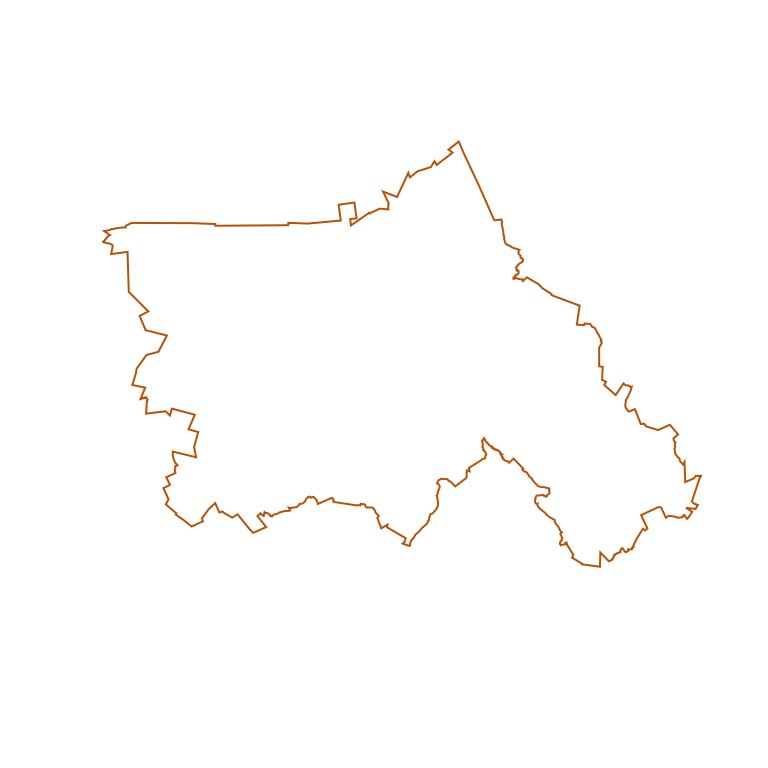 Camargo, Chihuahua, Mexico, rotated 245°
{"feature_id": "50627088B69672703244103", "entity_name": "Camargo", "entity_type": "district", "adm_level": 2, "iso_a3": "MEX", "parent_name": "Mexico", "parent_adm1": "Chihuahua", "projection": "albers", "projection_center": [-104.713, 28.058], "detail": "fine", "context": "isolated", "style": "outline", "palette": "amber", "viewbox_px": 768, "rotation_deg": 245, "n_neighbors": 0, "source": "geoboundaries", "source_scale": "gbopen_adm2", "svg_char_len": 6166}
<svg xmlns="http://www.w3.org/2000/svg" viewBox="0 0 768 768"><g transform="rotate(245 384 384)"><path d="M636.9,211.8L638.1,207.3L638.6,206.4L638.9,203.6L639.4,203.2L639.7,202.0L639.4,201.0L639.6,199.6L640.9,195.0L634.8,198.6L634.7,196.6L632.2,191.4L631.7,189.6L631.0,189.7L630.9,190.3L629.7,191.2L627.4,194.4L625.0,196.5L623.5,196.3L617.1,191.6L612.1,207.4L575.3,191.6L549.4,201.1L549.0,191.3L533.5,190.7L519.7,207.7L508.5,193.2L510.7,181.0L502.4,166.3L498.7,163.8L489.5,155.5L481.6,166.0L473.2,156.9L473.0,157.8L473.4,159.4L472.7,159.9L473.0,161.0L472.2,161.3L472.5,162.8L469.5,163.1L468.8,162.0L457.7,155.8L451.6,174.5L445.9,176.7L451.3,181.4L436.1,199.5L425.5,187.7L419.0,195.3L406.9,185.1L397.0,182.8L412.0,164.0L408.5,162.4L404.7,161.6L401.0,161.5L397.6,162.5L397.7,159.9L396.0,159.4L394.7,158.0L391.5,157.4L391.5,147.3L383.0,147.4L382.8,140.1L370.5,140.0L367.1,135.4L354.4,141.2L353.7,140.1L345.0,145.1L336.1,149.5L336.1,161.9L339.1,162.1L344.6,172.1L347.4,180.7L337.1,180.5L336.7,183.7L334.5,184.7L327.0,190.0L327.8,196.2L309.0,200.9L304.4,202.6L304.1,216.8L317.8,213.5L319.0,217.5L317.9,217.5L315.9,219.0L314.5,218.6L317.9,221.2L316.9,221.2L317.3,222.7L315.3,224.6L312.6,225.3L312.9,225.6L311.3,226.5L312.0,227.8L312.2,229.1L311.5,232.1L311.7,235.7L310.7,240.9L309.5,243.3L309.0,245.6L312.2,245.5L311.1,246.8L309.4,252.8L310.4,256.5L311.0,256.8L310.2,259.2L310.7,262.6L312.6,264.6L313.7,267.7L313.3,269.1L311.9,269.6L311.8,271.9L310.8,272.7L307.5,273.9L303.2,273.4L302.9,288.4L302.3,289.1L301.3,289.0L300.7,289.5L298.5,288.4L285.4,308.1L285.0,309.8L284.0,311.2L284.5,312.2L285.2,312.5L284.0,313.9L283.6,315.1L282.6,315.8L280.7,315.6L279.1,316.4L277.5,320.4L276.2,321.6L274.2,322.3L270.9,322.1L266.7,323.5L265.5,321.4L254.4,320.5L255.0,327.7L252.8,326.2L235.1,338.5L232.3,336.1L231.5,333.4L226.3,338.8L230.3,341.8L232.3,346.4L234.1,348.7L235.7,354.2L237.3,357.0L239.2,364.0L241.1,365.9L241.6,367.4L243.4,368.2L246.0,370.7L246.3,371.6L246.2,373.5L248.3,378.1L250.4,381.1L254.5,383.2L255.9,383.7L256.9,383.5L258.6,384.5L260.7,384.6L261.3,385.7L262.0,386.4L262.7,386.4L266.6,390.6L268.5,391.4L270.0,391.1L271.7,390.1L273.4,392.4L273.9,393.3L273.7,394.5L274.0,396.2L272.9,397.0L271.9,399.8L270.8,401.3L268.9,401.7L267.3,403.1L261.1,405.2L264.1,419.1L270.7,422.6L268.7,424.7L272.0,425.3L273.7,439.0L274.4,441.2L273.9,444.3L275.9,445.4L276.6,446.8L277.5,446.9L281.1,446.8L281.9,446.0L282.5,446.0L282.8,446.7L285.3,446.5L285.8,447.2L288.0,448.2L291.1,448.9L291.7,450.5L292.7,451.6L290.9,452.3L289.4,451.7L287.9,452.5L286.7,452.5L286.1,453.2L284.1,453.4L283.2,454.3L280.2,455.0L279.7,455.4L280.1,455.7L279.6,455.7L279.1,456.4L277.9,456.5L277.1,457.3L277.6,457.6L277.3,458.0L276.0,458.4L275.9,459.3L273.5,460.4L272.7,460.1L272.4,460.6L271.7,460.4L270.5,461.1L270.6,460.6L270.2,460.8L269.8,460.1L268.0,460.5L268.0,460.2L266.5,460.4L266.2,460.0L265.7,460.2L265.6,460.7L265.0,460.6L262.7,461.9L261.5,463.7L260.3,463.7L259.8,464.1L261.6,469.9L248.8,474.3L248.0,474.3L248.0,473.2L246.1,473.7L245.3,474.3L244.7,475.3L242.8,476.2L238.3,476.7L236.5,477.9L233.6,478.1L226.4,480.4L223.8,483.3L223.2,485.0L219.5,489.6L219.0,489.1L218.1,489.2L217.4,488.4L215.3,488.1L214.6,486.8L214.4,485.3L213.3,484.0L213.3,483.1L214.3,482.9L215.1,481.7L216.1,481.5L217.2,477.9L218.2,476.1L218.2,474.8L216.1,472.5L215.6,472.6L213.6,471.1L211.9,471.0L211.2,471.3L210.8,472.6L210.3,471.9L206.3,472.0L198.8,475.7L197.1,476.0L192.7,478.2L188.9,481.1L184.7,480.6L180.7,481.7L176.4,481.7L174.3,482.5L174.3,481.4L173.4,480.4L169.1,480.5L168.0,479.2L167.2,479.1L166.4,476.9L164.7,475.9L163.1,476.0L163.2,476.9L162.0,481.0L163.4,481.3L163.3,482.5L160.7,482.0L149.1,483.4L147.2,481.0L137.3,487.7L136.9,487.2L127.1,502.5L139.9,508.9L128.3,512.9L128.3,516.5L129.1,517.0L128.9,517.7L129.8,518.3L130.1,519.1L131.3,519.9L131.3,520.9L132.1,521.1L131.8,522.4L132.2,523.5L131.7,524.8L132.1,526.3L131.6,527.2L133.9,528.5L134.6,530.4L134.5,530.7L129.9,531.6L129.2,532.4L129.6,534.8L130.6,534.4L130.3,534.7L131.0,535.4L130.4,536.1L129.5,539.1L130.7,539.5L130.8,541.0L131.3,540.7L137.1,547.8L143.4,557.6L140.9,558.8L141.8,561.7L156.5,561.6L156.5,580.6L155.0,583.0L143.7,583.0L144.1,586.3L143.7,587.3L140.6,591.9L138.7,593.6L137.2,597.7L137.9,598.4L137.6,599.1L138.4,599.9L138.4,600.8L133.7,601.7L134.5,603.8L137.9,609.3L144.2,605.4L139.0,613.5L141.8,617.3L144.4,614.5L147.4,613.4L166.0,630.9L166.4,632.4L166.8,632.6L168.9,627.6L167.5,624.9L167.8,615.5L186.4,623.4L184.7,620.9L189.3,619.6L191.9,620.4L193.6,619.3L197.1,618.6L199.1,618.7L200.1,619.5L202.4,619.7L204.1,621.3L206.5,622.2L207.5,623.3L208.3,623.4L209.3,622.8L212.4,623.3L214.0,629.2L226.2,625.9L226.4,612.9L234.9,603.6L238.0,603.1L239.2,599.8L255.2,600.8L255.5,594.1L260.0,593.1L262.2,593.3L267.6,596.8L269.2,599.5L274.5,605.6L276.8,607.2L276.7,606.1L278.3,605.7L279.4,604.9L280.7,602.3L283.3,601.4L276.1,589.3L290.0,583.2L292.1,586.2L295.7,583.4L307.1,589.5L309.1,586.5L326.1,594.4L329.2,598.9L331.2,598.4L331.9,599.0L331.9,599.6L345.1,598.8L346.7,598.1L347.5,596.9L351.3,596.3L354.1,591.3L352.7,590.5L356.3,583.8L372.3,594.4L393.7,573.4L394.6,573.9L403.9,568.0L408.9,566.4L420.3,558.6L418.6,553.4L420.7,553.4L420.6,552.7L422.9,549.8L424.4,548.4L424.8,548.4L424.2,547.5L424.3,546.4L425.0,545.1L425.0,546.4L425.3,546.1L425.8,546.6L426.4,548.5L427.4,550.0L426.7,551.1L427.5,552.8L429.6,553.7L430.4,553.0L430.6,552.2L431.3,552.4L431.5,553.1L433.8,552.7L435.9,557.5L436.2,561.3L437.1,561.5L437.5,562.3L438.3,562.6L439.2,562.5L440.6,561.1L442.8,562.0L444.7,561.2L446.0,561.2L447.4,562.0L448.2,563.5L453.9,557.6L455.4,556.9L458.2,554.4L460.3,553.5L464.8,554.2L466.0,555.0L468.6,555.3L471.8,556.6L478.7,558.1L480.1,558.6L480.6,559.3L483.2,560.0L483.7,559.6L483.7,558.7L485.8,553.1L523.2,553.9L558.3,553.8L572.1,554.2L569.2,541.6L564.7,543.9L560.3,524.3L564.6,523.9L560.8,518.2L562.6,504.4L560.3,494.8L565.1,495.3L548.0,474.9L558.8,464.5L545.4,464.6L544.4,463.4L540.4,461.7L544.7,454.3L544.7,442.9L545.4,442.9L541.7,421.1L547.7,423.0L545.8,429.2L561.0,433.9L565.6,418.6L550.4,413.9L561.7,382.5L570.5,365.4L568.4,364.3L598.7,298.0L600.3,298.7L610.8,278.2L636.7,223.2L636.5,216.8L635.1,216.0L636.9,211.8Z" fill="none" stroke="#b45309" stroke-width="2"/></g></svg>